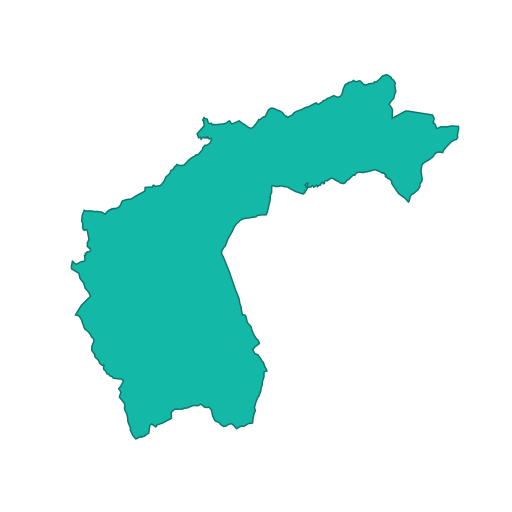 Stulpicani, Suceava, Romania, rotated 279°
{"feature_id": "2599482B89985911923271", "entity_name": "Stulpicani", "entity_type": "district", "adm_level": 2, "iso_a3": "ROU", "parent_name": "Romania", "parent_adm1": "Suceava", "projection": "equal_earth", "projection_center": [25.775, 47.4], "detail": "fine", "context": "isolated", "style": "filled", "palette": "teal", "viewbox_px": 512, "rotation_deg": 279, "n_neighbors": 0, "source": "geoboundaries", "source_scale": "gbopen_adm2", "svg_char_len": 6050}
<svg xmlns="http://www.w3.org/2000/svg" viewBox="0 0 512 512"><g transform="rotate(279 256 256)"><path d="M415.7,435.7L415.0,428.7L413.4,424.1L412.5,418.2L410.6,415.6L410.4,414.3L413.2,412.9L414.9,411.4L415.1,410.1L419.6,410.5L422.9,408.2L422.9,383.6L422.5,380.9L413.3,369.0L421.3,368.0L423.0,367.2L426.7,363.7L429.8,365.0L433.2,367.4L437.2,367.6L440.2,368.4L446.5,366.3L448.4,366.7L451.4,364.1L452.2,362.3L453.6,361.5L455.1,358.4L455.5,356.4L453.5,352.6L451.0,351.2L446.5,347.4L446.7,346.0L444.9,344.8L443.9,340.8L442.1,338.0L442.3,335.2L444.7,332.4L445.2,331.4L445.1,330.3L443.9,328.1L444.0,326.1L444.7,324.8L442.9,323.2L441.7,319.9L440.5,319.4L439.9,317.9L438.6,317.1L434.4,316.0L429.5,315.6L426.8,314.4L425.5,311.7L426.5,307.9L425.6,306.1L423.9,304.2L422.7,301.7L420.8,300.3L420.1,298.1L419.2,297.9L415.7,294.3L415.5,293.0L416.3,292.4L416.6,291.2L411.7,284.6L410.1,281.1L407.8,278.2L405.1,273.2L403.2,271.0L400.9,269.7L397.9,265.7L397.7,265.3L398.9,264.3L398.7,263.5L399.5,262.0L402.0,259.3L402.8,257.5L403.4,255.0L403.2,254.4L404.6,250.5L404.5,248.2L403.9,247.0L402.0,245.3L394.9,243.3L394.6,241.6L391.3,238.6L391.2,237.4L389.1,236.7L383.0,233.3L381.2,231.1L382.0,228.0L384.5,223.1L385.1,221.3L386.9,218.3L382.4,211.4L385.3,208.9L384.5,207.3L382.9,206.2L381.4,203.3L379.5,196.0L379.0,192.0L380.1,191.3L379.5,189.4L379.8,188.2L383.3,186.5L383.7,186.1L383.9,183.6L384.6,183.0L382.0,182.1L381.5,182.4L381.6,183.1L381.3,183.4L379.7,183.5L376.6,184.5L367.5,178.7L363.8,180.8L364.6,182.7L362.8,183.5L364.6,184.6L365.0,185.5L364.8,186.0L365.1,186.5L364.6,186.6L364.5,187.1L365.2,188.5L365.8,188.8L365.1,189.2L365.8,189.6L365.4,190.4L364.5,190.7L364.4,192.0L365.2,193.1L364.1,193.9L360.3,192.9L357.6,190.0L357.5,188.3L354.7,186.6L352.5,186.4L347.1,183.0L346.4,180.9L345.2,180.0L343.0,177.1L340.3,174.6L334.4,170.6L333.4,166.6L334.0,163.4L332.3,162.7L331.5,161.7L329.4,161.0L326.8,158.5L324.1,158.0L319.7,154.5L315.3,153.5L310.8,150.7L308.9,145.7L309.9,144.2L309.8,143.4L308.0,142.9L306.4,135.8L302.7,136.1L297.1,128.7L292.3,123.1L292.2,121.1L289.8,115.8L288.6,114.9L285.5,114.4L283.1,113.1L280.9,110.2L281.0,109.5L280.6,109.1L280.9,108.4L280.0,107.1L280.3,106.3L279.3,105.9L279.3,105.1L278.3,103.6L277.5,103.4L277.2,102.5L273.7,100.3L275.1,97.1L275.2,95.2L275.1,91.4L274.6,89.8L274.8,86.5L274.3,85.0L274.6,84.3L273.9,82.8L274.2,81.9L273.8,80.6L274.3,79.1L268.6,78.0L263.2,78.3L261.5,79.6L259.4,80.2L257.5,80.2L255.1,81.2L255.2,82.0L254.5,82.4L255.5,84.7L254.8,85.4L246.3,88.4L242.3,87.3L240.3,87.9L239.2,87.7L237.7,90.0L237.6,90.8L236.0,91.6L234.9,91.5L234.2,90.7L233.7,88.5L231.7,87.9L231.9,87.1L230.2,87.4L229.8,86.5L226.1,87.6L224.1,87.4L222.9,84.1L219.9,80.1L220.2,78.0L221.7,76.5L222.1,75.5L216.6,75.3L214.4,75.9L211.2,83.8L206.1,85.8L202.4,90.0L197.4,92.4L193.8,96.6L190.4,98.9L180.1,91.3L169.6,86.9L169.4,89.2L168.8,91.0L166.1,93.3L157.3,98.1L155.2,101.8L152.7,104.6L150.5,106.0L149.5,107.8L148.7,108.5L146.5,109.2L140.7,108.0L137.1,108.5L134.2,111.3L133.8,112.2L132.4,112.2L130.6,113.2L129.9,114.7L128.2,116.9L125.6,118.3L123.9,121.3L124.6,122.3L124.5,122.8L124.1,123.1L122.2,122.8L120.1,123.4L119.1,125.3L116.4,127.3L115.8,129.4L114.7,130.7L114.4,132.7L113.0,134.2L113.3,142.4L112.0,144.7L105.8,142.6L103.5,141.1L101.4,143.2L100.1,143.9L96.1,143.1L95.0,143.4L90.2,148.8L87.2,150.1L86.4,149.7L83.7,150.4L79.8,153.0L77.2,154.2L72.3,155.4L67.2,158.4L66.7,159.1L64.6,159.0L59.7,162.3L56.8,165.4L56.5,166.0L59.4,170.2L59.2,171.1L59.9,171.2L59.6,171.9L60.7,174.2L61.3,174.3L61.6,175.0L64.6,177.8L72.0,177.6L73.8,179.0L71.6,183.7L72.0,184.3L73.5,184.3L76.5,190.0L82.5,197.9L87.7,196.8L89.3,197.3L91.9,199.6L93.3,207.5L94.7,208.9L94.5,209.8L95.4,212.3L98.7,217.7L99.0,222.0L101.1,224.7L100.1,226.6L98.8,228.2L98.6,231.0L99.3,232.8L99.0,233.6L97.1,236.0L90.9,238.4L87.7,240.6L86.6,241.9L85.8,245.5L84.3,247.2L83.0,249.4L83.0,250.2L82.6,250.5L83.4,253.2L85.3,254.9L86.6,258.0L85.4,260.3L82.4,263.8L85.3,267.5L85.7,268.5L85.8,270.5L89.5,275.1L89.9,276.2L89.8,277.1L90.6,278.8L94.5,278.5L100.2,278.8L103.4,279.6L105.8,278.2L109.8,278.5L115.8,279.6L118.2,280.8L123.4,281.8L126.8,281.7L129.6,282.3L133.4,282.0L137.6,282.8L142.5,282.1L142.9,282.2L144.0,284.7L145.3,284.3L148.0,282.1L152.2,279.8L153.0,278.4L154.6,277.4L158.7,273.4L159.5,270.0L163.4,267.2L163.9,268.0L165.8,268.9L170.1,273.0L171.1,272.7L173.3,271.0L174.8,268.8L178.4,265.9L181.4,263.9L185.3,262.2L189.0,257.8L194.4,255.7L195.7,254.6L196.0,253.0L195.7,251.8L201.5,249.6L202.5,249.7L206.2,247.6L211.7,245.7L219.6,240.9L236.2,232.1L250.4,223.6L252.5,221.8L254.1,221.3L256.8,221.8L260.0,223.2L260.6,223.9L268.8,225.7L276.6,228.7L281.7,230.1L284.7,231.7L289.2,235.2L291.0,238.2L294.8,250.0L296.2,251.1L297.4,254.6L298.2,259.5L301.0,260.3L313.5,261.2L318.4,260.7L321.3,261.5L325.7,260.8L327.9,260.9L328.3,261.6L327.7,264.0L328.0,266.4L329.4,270.4L328.9,272.8L329.1,276.6L327.8,279.2L325.8,285.3L324.6,292.9L325.6,293.5L325.9,294.3L327.5,294.4L328.9,295.4L331.2,296.1L331.7,295.0L333.3,294.0L333.5,293.3L335.3,294.4L336.1,295.7L333.3,295.7L332.0,296.7L332.7,299.4L334.3,300.5L334.4,301.1L333.0,302.4L335.5,304.9L334.1,305.8L336.0,307.7L336.1,308.6L338.7,309.2L339.2,309.7L339.0,310.5L338.0,311.0L337.9,311.5L338.6,312.3L340.5,312.1L341.1,312.5L341.5,313.3L341.3,314.5L343.0,316.0L344.4,318.0L344.7,318.9L344.5,320.3L343.5,322.0L342.5,325.7L341.4,327.8L341.2,331.0L342.1,332.4L345.2,334.1L345.9,335.5L351.2,339.3L351.2,340.8L353.2,341.9L354.7,343.6L355.0,344.6L355.2,349.3L356.1,350.0L356.2,351.9L359.9,360.1L358.9,364.5L357.5,368.2L358.2,369.0L357.6,369.8L356.3,371.0L356.2,371.7L354.8,371.4L354.4,371.9L354.2,373.1L353.2,374.0L353.0,375.9L351.3,378.1L348.7,378.9L340.0,387.0L336.0,394.7L333.2,398.0L334.3,398.7L338.9,399.0L341.0,400.0L342.6,402.1L347.1,405.8L350.3,407.1L352.7,406.5L355.3,407.9L357.7,408.2L365.5,405.7L371.6,405.6L372.7,406.1L374.1,407.0L378.6,412.4L381.5,415.1L384.9,416.7L386.9,418.9L387.4,421.7L387.3,424.3L389.3,424.5L393.7,427.0L399.2,430.9L401.7,433.9L402.4,435.6L404.6,436.7L407.0,436.0L413.6,436.2L415.7,435.7Z" fill="#14b8a6" stroke="#0f766e" stroke-width="1.5"/></g></svg>